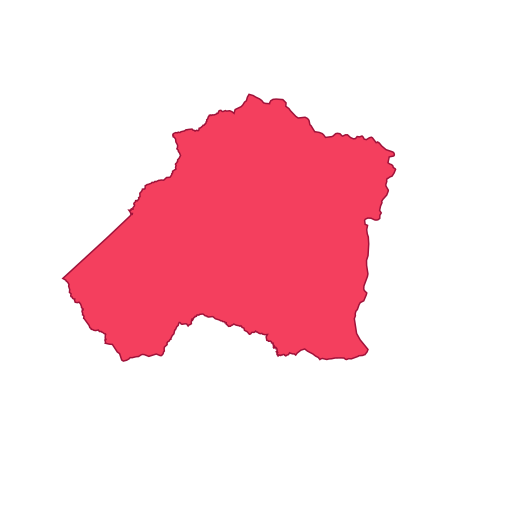 the district of Gualaquiza, Morona Santiago, Ecuador, rotated 138°
{"feature_id": "8360857B90160317571497", "entity_name": "Gualaquiza", "entity_type": "district", "adm_level": 2, "iso_a3": "ECU", "parent_name": "Ecuador", "parent_adm1": "Morona Santiago", "projection": "albers", "projection_center": [-78.568, -3.327], "detail": "fine", "context": "isolated", "style": "filled", "palette": "rose", "viewbox_px": 512, "rotation_deg": 138, "n_neighbors": 0, "source": "geoboundaries", "source_scale": "gbopen_adm2", "svg_char_len": 6141}
<svg xmlns="http://www.w3.org/2000/svg" viewBox="0 0 512 512"><g transform="rotate(138 256 256)"><path d="M414.6,368.6L413.5,365.3L413.8,364.5L413.5,362.6L414.0,360.0L415.4,359.0L416.9,355.7L419.0,353.8L418.7,351.7L420.4,350.3L420.6,349.4L420.1,348.5L420.6,347.3L420.2,345.9L419.5,345.3L420.8,344.1L420.9,343.1L421.3,342.6L420.0,340.9L418.4,340.0L418.5,337.7L419.6,335.1L420.1,334.6L420.1,333.0L420.5,332.8L420.0,332.2L420.7,331.6L421.8,331.7L422.6,331.0L422.9,329.7L424.3,328.3L423.9,327.5L424.2,326.3L425.8,325.0L425.6,324.5L426.5,316.0L427.4,314.0L427.1,312.4L427.5,311.8L426.5,310.4L426.2,309.3L425.1,307.9L422.7,306.5L422.9,304.7L421.5,303.4L421.6,302.8L421.0,301.7L420.7,299.7L420.0,298.9L420.1,298.4L420.9,298.0L423.1,295.8L423.2,294.5L423.6,294.3L424.5,294.7L425.6,292.5L426.4,292.1L424.1,288.8L421.9,286.4L423.3,277.5L422.7,274.7L425.4,268.6L424.9,266.7L421.9,265.1L419.1,264.5L417.5,264.7L416.1,263.3L412.5,261.4L410.6,259.9L407.5,259.4L406.3,258.9L405.0,257.5L402.8,253.1L395.7,249.9L393.8,246.0L392.8,245.2L390.5,245.5L388.8,246.6L387.7,246.7L386.5,248.4L385.0,249.6L381.4,249.6L380.2,251.0L378.9,251.3L377.7,250.9L375.8,251.5L374.9,251.1L374.6,251.6L371.5,252.9L369.1,253.1L365.9,255.4L365.2,255.1L362.2,256.5L360.2,256.5L358.8,257.5L357.5,258.0L357.0,257.4L357.1,255.7L356.7,254.8L354.0,253.0L353.0,251.9L353.3,249.4L351.6,249.6L351.0,249.2L349.3,248.9L348.2,250.4L347.1,250.8L346.8,251.5L346.3,251.5L346.1,251.0L345.5,251.8L345.1,251.1L343.4,251.8L342.5,251.5L341.7,251.9L340.7,251.1L339.2,251.6L338.0,250.3L337.1,250.4L334.7,248.8L334.1,248.0L333.8,245.6L332.7,244.3L332.9,243.7L332.1,242.4L329.0,240.2L328.5,239.3L328.2,236.6L325.9,232.8L325.7,231.7L324.7,230.5L324.6,229.5L323.3,228.1L323.7,226.8L322.8,226.3L323.8,225.0L323.4,223.9L323.5,222.1L322.0,220.9L320.5,220.9L319.9,220.5L318.0,220.3L317.1,218.0L315.1,215.3L314.9,214.5L313.9,214.3L313.8,213.1L314.2,212.3L313.2,210.5L314.3,208.5L313.2,205.6L313.3,202.3L312.2,201.7L310.1,202.0L308.5,200.5L306.5,200.4L306.6,199.4L305.9,198.6L305.6,197.0L304.9,195.5L303.4,194.5L303.4,193.6L301.9,191.4L300.0,190.0L302.6,189.1L304.4,186.1L303.7,185.1L303.7,184.2L302.1,183.0L302.0,181.9L302.6,181.1L301.6,179.7L302.3,179.3L302.6,177.3L302.9,178.0L303.4,177.1L304.1,176.6L303.8,176.1L304.1,175.8L303.7,175.7L303.8,175.4L302.4,174.6L302.4,174.0L303.1,173.6L302.6,173.0L303.9,171.0L304.4,171.4L305.0,171.3L304.6,169.8L305.3,169.8L305.4,169.3L306.0,169.2L306.3,168.6L305.8,168.0L306.3,167.6L306.5,166.9L305.0,166.8L304.2,165.5L303.5,165.6L303.0,165.0L301.8,164.7L300.8,163.6L301.1,163.0L300.7,161.8L299.1,161.6L297.9,161.0L295.8,161.6L295.5,160.7L294.0,158.4L293.1,157.8L292.8,155.8L290.4,156.3L285.7,156.0L282.0,154.3L281.4,150.9L279.3,145.2L278.7,141.8L277.6,138.9L277.8,136.3L276.7,136.2L275.2,135.4L272.6,131.7L270.8,130.8L268.5,129.0L265.5,127.3L260.9,123.3L258.9,121.3L258.6,119.4L258.0,118.5L255.8,117.7L254.0,115.8L247.3,113.1L246.4,113.1L243.1,110.6L242.0,110.4L241.2,109.8L237.6,110.4L235.3,111.6L234.7,124.0L233.1,131.1L224.9,143.6L222.1,145.1L221.0,146.6L218.8,148.1L216.5,148.4L211.9,150.9L209.7,151.6L205.9,150.6L200.1,153.3L198.4,154.4L198.6,157.9L198.0,159.4L195.9,161.5L186.9,166.2L184.8,167.8L180.1,175.0L176.8,178.8L172.5,181.3L164.2,189.5L159.8,195.0L158.5,198.0L156.1,201.5L152.6,204.1L153.7,206.5L151.5,209.8L150.1,210.2L147.5,209.4L145.2,207.1L143.7,203.5L142.8,202.4L141.2,201.3L138.9,201.1L136.7,203.4L134.1,204.2L133.6,207.2L130.0,209.8L126.7,211.3L126.0,212.6L123.7,213.2L118.1,213.8L114.4,215.7L113.6,216.4L112.6,221.1L111.5,222.4L108.9,223.9L108.3,224.9L107.3,225.5L106.6,225.8L105.9,225.4L103.8,225.2L101.4,224.3L97.8,225.3L94.3,227.0L94.2,227.8L94.8,229.9L94.0,231.4L94.1,233.1L95.1,235.0L95.5,237.0L90.7,240.5L87.2,238.4L86.3,238.2L85.5,238.6L84.8,239.7L84.5,240.9L85.0,242.3L88.2,248.0L89.0,253.6L88.8,257.7L89.3,258.3L89.2,259.3L90.9,259.8L90.4,265.9L90.8,267.1L92.6,268.0L96.1,268.6L97.4,270.4L96.8,272.7L96.9,274.2L97.2,274.4L99.3,275.2L100.9,277.1L103.5,276.7L105.2,277.9L106.5,280.8L106.9,284.8L108.4,286.2L111.4,287.1L111.7,287.8L111.8,290.7L113.4,292.7L114.9,293.6L118.6,293.6L119.8,294.0L125.0,297.6L124.7,300.9L124.9,302.7L126.3,305.5L129.2,309.1L127.9,316.1L128.1,317.5L126.1,320.9L125.7,322.3L125.8,324.0L126.7,326.3L132.3,330.3L133.0,333.1L133.2,341.0L132.9,343.6L133.7,347.3L131.2,349.7L131.4,354.3L136.0,359.1L138.5,361.0L141.2,361.5L143.3,360.7L144.0,360.1L146.9,363.1L147.9,364.8L147.7,367.7L148.3,370.5L149.9,374.3L150.7,377.1L153.0,380.8L156.1,379.8L159.3,377.8L161.6,378.0L164.6,377.1L167.0,376.9L173.5,378.8L176.9,376.7L177.3,379.3L178.3,381.5L181.0,383.4L181.4,384.5L184.0,385.5L184.6,386.5L184.6,387.7L185.4,388.3L186.5,388.6L188.8,387.5L189.5,388.2L190.1,387.9L192.8,388.9L193.9,390.0L194.9,390.2L195.1,391.0L196.3,391.7L196.5,391.3L197.1,391.6L198.4,391.3L200.2,390.2L201.5,390.2L202.5,389.0L203.5,389.0L204.0,388.4L205.2,388.0L205.7,388.3L206.9,387.9L207.9,388.6L208.6,388.3L211.5,388.4L212.8,389.0L214.0,387.9L215.3,387.9L215.9,389.1L217.7,389.6L217.7,390.4L218.6,391.6L218.6,393.1L222.0,395.6L222.8,395.9L223.4,396.6L225.4,396.8L228.7,398.6L229.6,398.5L231.0,399.8L231.0,400.1L232.0,400.2L233.2,401.5L235.6,402.2L236.5,401.9L236.6,401.1L237.2,401.1L236.9,401.7L237.8,399.9L237.3,398.9L237.5,396.8L239.2,394.4L240.1,390.8L241.9,389.0L242.7,388.9L243.1,388.5L243.0,386.5L243.8,385.5L243.8,384.1L244.8,381.2L247.7,380.1L249.9,379.9L251.1,378.6L251.8,378.7L252.4,378.3L254.1,378.3L254.6,377.9L254.7,376.9L256.6,375.6L257.3,374.2L261.3,374.8L262.2,373.6L263.4,373.6L264.0,372.9L266.8,372.1L267.3,372.1L270.0,374.2L273.9,374.1L275.7,376.0L276.8,376.5L277.4,377.2L280.5,378.1L281.1,379.0L282.9,379.1L284.0,380.3L285.0,380.1L288.1,381.3L289.2,382.0L290.4,382.0L291.2,382.4L293.4,380.3L294.6,380.6L294.7,381.0L295.7,381.7L296.4,381.1L298.1,380.6L300.3,380.4L302.5,377.7L304.2,377.9L304.8,376.8L307.5,376.5L307.9,377.5L308.4,377.7L309.3,377.0L311.4,376.9L312.1,376.2L312.0,375.4L312.9,374.6L315.2,374.2L316.0,373.1L316.5,373.4L316.8,374.3L317.7,374.4L318.4,373.7L319.8,375.1L320.0,373.1L320.6,371.4L319.4,370.3L320.2,369.7L321.3,370.5L322.4,370.0L353.6,369.2L414.6,368.6Z" fill="#f43f5e" stroke="#9f1239" stroke-width="1.5"/></g></svg>